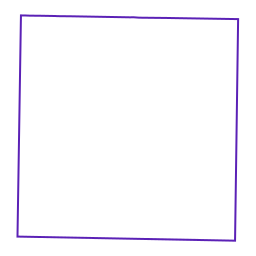 Harlan, Nebraska, United States of America, rotated 181°
{"feature_id": "52423323B42247307732107", "entity_name": "Harlan", "entity_type": "district", "adm_level": 2, "iso_a3": "USA", "parent_name": "United States of America", "parent_adm1": "Nebraska", "projection": "equal_earth", "projection_center": [-99.371, 40.176], "detail": "fine", "context": "isolated", "style": "outline", "palette": "violet", "viewbox_px": 256, "rotation_deg": 181, "n_neighbors": 0, "source": "geoboundaries", "source_scale": "gbopen_adm2", "svg_char_len": 442}
<svg xmlns="http://www.w3.org/2000/svg" viewBox="0 0 256 256"><g transform="rotate(181 128 128)"><path d="M236.6,17.5L19.0,17.2L19.8,238.8L20.9,238.8L21.2,238.8L81.0,238.7L82.3,238.7L83.0,238.7L85.0,238.7L91.2,238.7L118.8,238.5L124.1,238.8L128.5,238.7L183.0,238.7L185.0,238.7L186.8,238.7L200.8,238.6L202.5,238.7L219.0,238.7L228.0,238.6L232.2,238.7L233.2,238.7L237.0,238.7L236.6,17.5Z" fill="none" stroke="#5b21b6" stroke-width="2"/></g></svg>